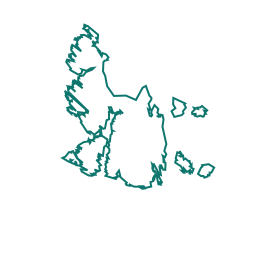 Sund nor, Hordaland, Norway, rotated 34°
{"feature_id": "86288312B82260053973659", "entity_name": "Sund nor", "entity_type": "district", "adm_level": 2, "iso_a3": "NOR", "parent_name": "Norway", "parent_adm1": "Hordaland", "projection": "robinson", "projection_center": [5.059, 60.233], "detail": "fine", "context": "isolated", "style": "outline", "palette": "teal", "viewbox_px": 256, "rotation_deg": 34, "n_neighbors": 0, "source": "geoboundaries", "source_scale": "gbopen_adm2", "svg_char_len": 5852}
<svg xmlns="http://www.w3.org/2000/svg" viewBox="0 0 256 256"><g transform="rotate(34 128 128)"><path d="M73.1,82.9L72.2,82.5L72.3,80.3L68.5,79.2L65.2,80.1L66.1,83.3L61.6,81.3L63.4,81.1L62.4,80.2L55.3,78.5L52.9,79.5L53.2,78.1L49.9,75.6L53.8,76.3L53.5,74.6L55.1,73.9L52.7,71.5L50.3,71.1L52.8,70.5L51.1,67.4L38.0,66.0L34.1,66.8L34.6,67.9L37.1,68.2L35.5,68.1L35.3,70.6L39.1,70.2L40.2,68.4L40.8,69.4L39.6,70.9L41.4,71.2L41.5,70.3L46.4,71.8L43.5,73.0L48.2,75.0L43.0,73.9L44.2,74.8L39.8,75.2L37.2,77.2L38.9,78.3L37.2,79.4L37.8,80.3L36.0,80.8L36.9,82.6L37.7,82.3L38.3,82.3L36.6,82.8L33.9,82.7L34.9,83.2L34.0,83.3L34.2,84.6L37.1,83.5L38.4,86.6L40.3,86.9L38.4,87.2L38.4,88.2L46.4,90.6L34.5,90.2L36.1,91.1L35.8,92.5L37.9,93.4L36.1,93.1L37.3,95.2L45.3,97.9L40.4,97.4L39.0,99.0L40.2,100.1L38.4,100.4L39.4,101.9L44.7,102.0L44.1,102.8L45.3,103.1L40.2,105.0L41.5,105.9L39.4,106.0L39.9,107.8L47.5,110.6L47.2,111.9L48.1,112.2L56.9,111.5L58.8,108.8L58.0,105.7L56.8,105.3L61.7,103.7L63.6,99.5L66.1,97.2L65.5,99.9L61.9,105.1L61.6,109.5L59.1,111.8L58.7,113.2L59.5,113.9L58.6,114.1L60.3,116.8L66.2,117.8L56.0,118.4L68.2,120.4L56.2,119.8L56.8,121.3L59.2,120.7L57.8,123.0L59.5,124.6L57.2,125.8L64.2,127.4L57.7,126.4L55.0,127.2L58.2,128.5L56.1,128.7L58.3,131.3L85.6,136.3L86.2,138.0L84.6,138.3L83.5,140.6L85.1,142.1L82.1,142.0L80.8,144.4L81.3,146.2L86.0,148.6L85.7,149.7L96.8,154.3L99.3,154.0L97.6,152.8L98.7,152.0L103.9,152.4L105.3,147.6L106.4,147.3L105.4,145.7L106.5,144.3L103.0,142.0L108.1,142.4L109.1,141.2L105.9,133.5L107.4,131.3L103.1,125.2L103.5,124.1L100.6,121.5L102.4,120.3L105.9,122.8L104.4,123.0L104.7,124.6L106.8,124.4L106.5,123.3L109.4,123.3L109.8,121.3L112.2,119.0L111.7,117.9L115.9,118.8L113.1,118.5L113.8,119.2L112.4,119.8L113.0,120.5L111.3,120.5L111.9,121.4L110.2,124.9L111.6,127.4L110.9,127.4L110.8,130.1L112.4,130.5L111.4,132.3L112.6,133.2L111.7,134.1L115.6,138.8L117.1,138.7L116.3,139.3L117.9,141.9L117.4,143.4L120.6,149.4L119.6,150.8L121.9,152.6L122.5,154.8L121.5,155.1L124.2,155.7L126.0,158.4L125.4,162.1L128.9,164.1L127.0,164.7L128.9,166.3L128.5,168.2L130.0,168.0L129.4,170.7L131.8,172.7L132.1,174.9L134.1,175.5L133.6,176.8L136.5,177.3L136.1,180.2L146.5,177.0L146.4,176.0L144.9,176.2L147.2,173.5L144.2,172.7L144.3,168.4L149.4,173.0L157.6,174.0L157.4,175.6L158.7,176.1L161.8,174.9L161.2,173.9L165.6,173.3L169.9,170.6L174.0,170.3L175.2,169.2L171.1,169.2L173.6,167.5L175.6,168.2L180.0,163.6L176.9,160.4L178.5,158.0L176.9,155.7L176.7,154.2L178.1,155.0L176.8,151.9L179.3,152.5L176.8,149.5L174.3,148.6L174.3,149.6L173.0,149.5L170.8,147.9L170.3,147.1L171.0,146.9L168.1,144.3L170.0,144.6L169.0,143.2L178.5,148.1L178.0,149.9L179.8,150.0L180.3,153.4L184.7,157.6L186.5,156.6L184.0,155.6L185.1,154.8L186.3,156.1L186.5,154.1L180.7,150.9L179.4,148.7L181.5,148.5L176.3,143.1L178.4,142.6L175.6,141.1L176.3,140.4L180.4,142.9L182.3,141.9L178.7,136.0L176.6,136.4L175.6,135.1L177.2,135.4L172.4,131.6L174.9,131.6L174.4,128.3L170.9,126.7L168.8,119.9L155.9,107.7L152.6,100.9L149.4,98.0L147.7,98.7L148.5,100.4L146.9,101.2L148.1,101.5L146.6,101.6L147.6,100.0L143.8,98.8L142.5,95.3L137.2,94.2L137.9,100.4L138.8,102.5L140.8,103.7L140.8,105.3L139.2,105.7L134.2,101.2L135.9,101.3L136.1,100.0L131.5,96.4L131.4,91.3L130.4,89.8L127.6,89.2L119.3,83.1L117.6,86.4L118.9,100.3L108.1,102.3L98.4,109.3L87.3,105.0L79.9,97.5L75.6,95.0L70.8,87.2L70.9,85.5L73.1,82.9ZM106.5,157.9L103.3,159.0L104.3,159.3L103.5,160.5L104.9,160.9L104.9,162.0L101.7,159.6L102.3,161.6L99.2,164.5L96.8,169.6L96.6,170.9L97.6,171.1L96.9,172.3L98.6,172.2L97.8,171.0L100.5,170.6L100.8,171.5L100.1,171.4L99.9,171.7L99.7,171.5L98.3,174.2L101.5,174.8L97.9,175.5L100.9,177.2L98.4,176.6L98.7,178.6L103.2,181.5L109.1,182.0L108.9,183.6L110.2,184.0L109.7,185.5L110.5,186.3L118.0,185.6L112.0,188.6L114.0,190.0L121.8,189.4L124.8,187.8L125.6,186.7L123.8,186.4L126.9,185.0L125.5,184.4L126.6,183.7L126.1,182.3L127.2,181.0L123.4,181.2L127.5,180.2L128.5,178.7L125.3,175.8L126.4,173.9L119.5,172.0L121.7,171.9L121.1,171.4L122.0,170.4L120.2,169.2L121.6,168.9L119.9,168.1L120.7,167.3L118.5,166.9L118.2,165.7L122.8,165.1L118.8,157.1L119.8,154.7L117.5,149.0L110.5,149.0L108.1,146.4L108.4,149.2L110.2,149.6L105.5,153.3L107.2,153.3L105.2,155.0L106.2,155.9L105.3,157.4L106.5,157.9ZM82.6,136.2L54.6,132.6L60.5,134.0L57.4,134.5L59.3,136.5L61.2,136.1L62.1,137.0L60.1,137.1L62.5,138.4L64.6,138.4L65.9,136.4L66.5,137.2L65.6,137.3L65.6,140.0L66.6,140.8L75.5,142.9L67.4,142.3L69.8,143.7L67.5,143.8L66.4,145.3L69.8,146.9L67.0,146.7L67.9,147.1L72.8,147.9L72.0,147.0L77.8,145.9L77.3,147.2L78.6,147.3L79.6,145.8L78.8,144.6L79.8,144.2L77.7,142.7L83.4,139.9L84.7,138.1L82.6,136.2ZM188.1,120.2L183.7,118.2L185.4,120.0L182.5,120.6L184.6,126.6L186.6,127.3L185.8,128.3L186.5,130.3L193.2,130.1L198.3,132.5L196.3,133.5L198.9,134.0L199.9,133.4L197.4,130.4L201.4,131.5L202.8,128.6L204.3,131.3L205.1,131.0L203.6,128.3L206.0,128.9L205.3,125.3L202.9,125.5L201.6,123.5L201.7,125.1L200.8,125.3L201.0,122.9L198.8,122.4L197.0,120.3L197.7,121.8L192.7,121.2L191.9,123.0L189.1,120.2L187.9,122.2L186.5,122.3L188.1,120.2ZM160.2,92.9L165.3,87.3L165.8,84.9L164.2,83.4L164.6,78.7L161.4,77.0L161.7,75.7L148.8,77.7L152.2,83.2L156.2,85.1L154.7,89.7L160.2,92.9ZM221.5,112.6L215.2,112.9L210.2,117.4L211.3,118.3L210.7,119.8L211.7,126.9L215.5,127.0L217.4,125.6L219.1,126.4L221.2,123.5L220.5,122.3L222.1,121.6L220.6,119.4L222.1,118.3L221.5,112.6ZM104.7,187.6L102.7,185.0L105.2,186.1L105.9,187.7L109.1,186.3L108.6,183.8L106.1,182.2L102.7,181.6L95.4,177.9L94.4,179.2L94.9,180.0L92.6,180.9L92.2,186.6L90.4,189.5L98.3,189.0L98.6,187.4L97.2,185.7L98.5,186.7L99.8,185.9L99.3,188.1L100.2,188.6L104.7,187.6ZM183.8,69.1L177.0,68.4L176.5,70.4L174.3,72.2L175.4,73.0L171.4,74.4L173.0,75.1L172.3,79.2L173.5,80.5L176.8,77.9L175.6,80.1L176.3,80.5L179.2,79.7L180.9,77.4L183.7,76.8L184.4,75.9L183.6,73.3L184.6,72.7L181.5,71.1L183.5,70.5L183.8,69.1Z" fill="none" stroke="#0f766e" stroke-width="2"/></g></svg>